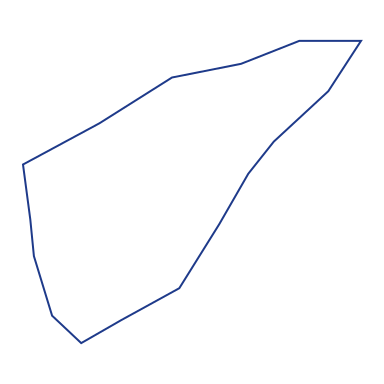 Andorra la Vella, Natural Earth projection
{"feature_id": "AND-4876", "entity_name": "Andorra la Vella", "entity_type": "state/province", "adm_level": 1, "iso_a3": "AND", "parent_name": "Andorra", "parent_adm1": "", "projection": "natural_earth1", "projection_center": [1.52, 42.514], "detail": "fine", "context": "isolated", "style": "outline", "palette": "blue", "viewbox_px": 384, "rotation_deg": 0, "n_neighbors": 0, "source": "natural_earth", "source_scale": "10m", "svg_char_len": 319}
<svg xmlns="http://www.w3.org/2000/svg" viewBox="0 0 384 384"><path d="M361.0,40.9L328.3,91.2L273.8,141.6L248.3,173.7L219.3,224.1L179.3,288.2L121.1,320.2L81.2,343.1L52.1,315.7L33.9,256.1L30.3,219.5L23.0,164.5L99.4,123.3L172.0,77.5L241.1,63.8L299.2,40.9L361.0,40.9Z" fill="none" stroke="#1e3a8a" stroke-width="2"/></svg>